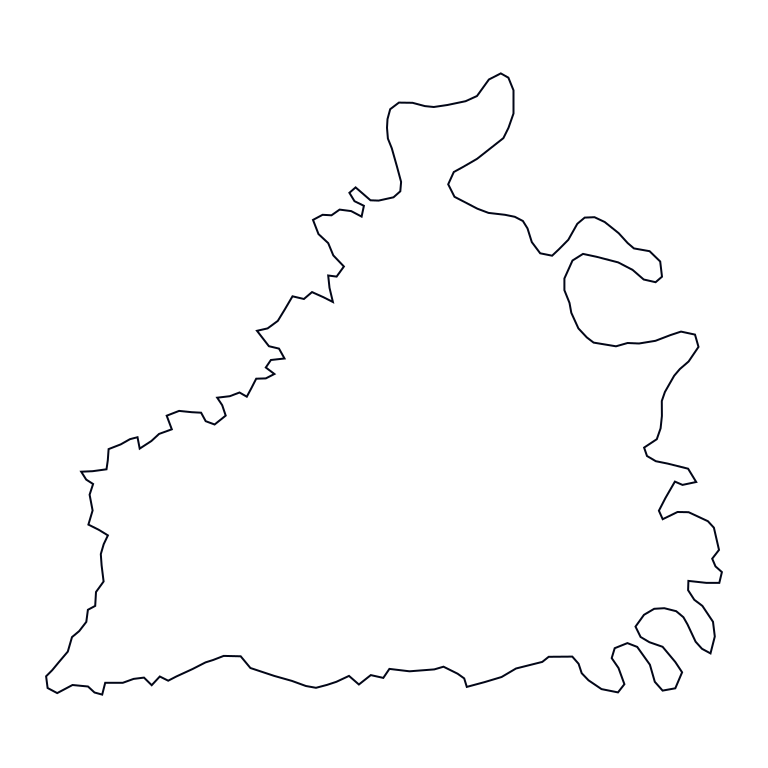 Verê, Paraná, Brazil
{"feature_id": "56859067B42853932915842", "entity_name": "Verê", "entity_type": "district", "adm_level": 2, "iso_a3": "BRA", "parent_name": "Brazil", "parent_adm1": "Paraná", "projection": "albers", "projection_center": [-52.953, -25.848], "detail": "fine", "context": "isolated", "style": "outline", "palette": "ink", "viewbox_px": 768, "rotation_deg": 0, "n_neighbors": 0, "source": "geoboundaries", "source_scale": "gbopen_adm2", "svg_char_len": 3254}
<svg xmlns="http://www.w3.org/2000/svg" viewBox="0 0 768 768"><path d="M81.2,471.7L86.2,479.6L93.1,484.0L89.6,494.7L92.6,510.5L88.4,524.6L98.6,529.7L107.9,535.4L103.7,544.2L100.8,554.1L101.6,565.3L103.6,581.5L96.0,592.0L95.2,605.9L87.9,609.8L86.3,621.9L79.2,631.1L72.0,637.1L67.8,651.6L58.9,662.1L52.2,670.2L46.1,676.3L47.6,688.0L57.2,693.1L72.5,685.0L88.0,686.5L94.5,692.5L102.2,694.6L105.2,682.8L122.8,682.8L133.6,678.9L144.0,677.6L151.7,685.2L159.8,676.5L168.2,680.7L176.3,676.5L192.6,669.0L205.5,662.4L213.1,660.0L223.7,655.9L240.7,656.3L250.4,668.0L274.2,675.9L291.9,680.9L305.9,686.0L316.0,687.8L327.0,684.9L336.4,681.8L349.0,675.9L358.9,684.5L370.8,675.1L383.3,677.9L389.4,668.9L409.5,671.3L434.3,669.4L443.5,666.7L457.6,673.7L464.2,678.4L466.8,686.9L484.6,682.1L501.6,677.0L516.0,668.5L542.3,661.9L548.7,656.8L572.3,656.6L578.6,663.8L581.7,673.2L588.5,680.3L601.5,689.1L618.0,692.4L624.4,684.2L618.5,668.0L611.7,658.1L614.7,648.2L627.4,643.1L637.2,646.9L649.9,664.7L654.8,681.8L662.6,690.6L675.3,688.3L682.1,672.3L675.3,662.0L662.6,646.8L649.4,642.2L640.6,637.0L635.5,626.6L644.0,614.8L654.2,608.8L664.3,608.2L676.2,611.2L683.4,617.2L687.5,624.4L695.6,641.7L702.0,648.8L710.5,653.4L714.8,636.5L713.0,621.8L702.4,605.9L694.3,599.8L688.1,590.2L688.4,580.9L706.6,582.9L719.3,582.9L721.9,572.1L715.5,566.4L712.2,558.7L719.0,549.9L713.9,527.7L707.9,521.2L688.6,512.2L677.5,512.0L662.7,519.2L658.9,510.7L665.5,497.9L674.9,481.6L682.5,484.9L696.2,482.0L688.1,468.7L667.7,463.6L655.8,461.2L647.0,456.0L644.1,447.6L656.8,439.2L660.6,428.3L661.9,416.0L661.8,401.0L664.9,392.0L669.9,383.2L674.2,375.7L679.8,369.1L688.6,361.5L698.5,346.9L695.0,334.6L681.0,331.6L670.4,335.1L655.5,340.8L639.0,343.5L627.6,343.0L616.0,346.3L593.6,342.6L586.8,337.4L578.4,328.4L571.3,312.8L569.5,302.9L564.4,290.2L564.4,278.5L572.5,260.5L583.0,253.9L596.6,256.8L618.2,262.4L632.6,269.9L643.7,279.5L655.6,282.2L662.0,276.7L660.2,261.5L649.6,251.2L633.9,248.4L627.7,243.1L618.7,233.2L604.7,222.0L594.5,217.2L584.7,217.6L577.3,223.8L568.3,239.8L558.9,249.3L552.1,255.7L540.2,253.3L531.8,242.1L527.5,228.4L522.9,221.0L514.8,216.8L505.0,214.8L488.5,212.9L477.4,208.7L454.5,196.8L448.2,184.3L453.8,172.0L462.6,167.2L477.1,158.8L503.4,138.1L508.5,127.8L513.5,113.5L513.5,90.3L508.4,77.7L500.8,73.4L488.9,79.5L477.0,96.0L465.6,101.2L447.4,105.0L433.8,107.0L424.9,106.1L412.5,102.8L398.9,102.6L390.2,109.2L387.5,119.1L387.0,127.8L387.9,138.6L391.8,148.3L397.0,166.7L401.1,181.9L400.3,191.3L393.5,197.3L378.6,200.6L370.5,200.3L355.6,187.4L349.4,192.8L354.5,201.2L363.9,205.8L361.6,216.6L351.2,211.1L339.6,209.6L331.5,215.3L322.6,214.8L313.0,219.9L318.5,234.1L328.2,243.1L333.3,255.4L343.9,266.5L336.6,276.6L328.2,275.5L329.5,287.8L332.9,302.0L323.4,297.2L312.0,292.1L303.9,299.0L292.5,296.3L284.4,310.1L277.8,320.9L267.6,328.4L257.0,330.8L268.9,346.2L279.0,348.6L284.5,358.5L270.9,360.0L265.8,367.5L274.4,374.0L265.8,378.4L256.2,378.7L251.4,388.1L246.8,396.7L239.5,392.5L229.8,396.2L217.2,397.7L222.2,405.2L225.7,415.6L214.6,424.5L205.7,421.2L201.1,412.7L191.8,412.2L179.1,410.9L166.7,415.7L171.8,429.3L159.1,433.9L151.4,441.0L139.7,448.6L137.5,437.2L129.9,439.2L120.7,444.4L108.6,449.1L107.8,460.3L106.5,469.3L92.6,471.2L81.2,471.7Z" fill="none" stroke="#020617" stroke-width="2"/></svg>